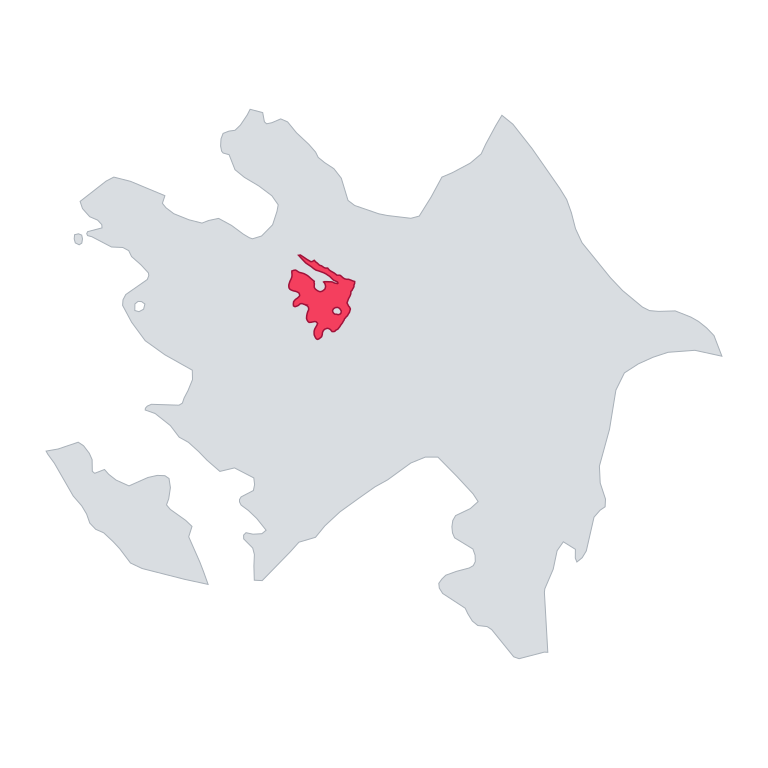 Yevlakh District, Yevlakh Rayon, Azerbaijan (highlighted)
{"feature_id": "54616110B52362464060400", "entity_name": "Yevlakh District", "entity_type": "district", "adm_level": 2, "iso_a3": "AZE", "parent_name": "Azerbaijan", "parent_adm1": "Yevlakh Rayon", "projection": "orthographic", "projection_center": [47.034, 40.701], "detail": "fine", "context": "in_parent", "style": "filled", "palette": "rose", "viewbox_px": 768, "rotation_deg": 0, "n_neighbors": 0, "source": "geoboundaries", "source_scale": "gbopen_adm2", "svg_char_len": 6284}
<svg xmlns="http://www.w3.org/2000/svg" viewBox="0 0 768 768"><path d="M547.8,652.3L544.3,652.1L519.1,658.7L513.7,656.8L491.7,629.6L487.2,626.6L477.8,625.5L472.3,621.0L467.8,613.7L465.2,608.2L442.7,593.5L439.3,588.1L438.8,583.3L442.0,578.9L445.8,575.2L456.6,571.3L469.2,568.0L473.3,565.6L475.3,561.6L475.1,555.2L472.9,549.0L454.6,537.8L452.5,532.9L451.9,526.8L452.8,520.5L455.6,515.6L470.3,508.6L478.1,501.6L473.1,493.9L456.9,476.4L437.9,457.1L425.3,457.1L410.8,463.0L387.7,479.8L374.9,486.9L358.2,498.7L339.9,511.9L324.9,525.8L315.5,537.3L298.9,542.2L290.3,551.8L262.2,580.6L254.3,580.2L253.9,565.9L254.4,554.5L252.7,548.0L243.7,538.9L243.6,535.1L246.0,532.7L253.0,534.2L261.9,533.7L266.1,530.2L256.7,518.4L248.3,510.4L241.1,505.1L239.5,501.9L239.5,499.6L241.1,496.9L253.4,490.5L254.6,484.6L253.8,477.9L234.5,467.9L219.9,471.4L207.0,460.2L198.7,451.6L188.4,442.3L179.2,437.2L170.4,425.6L155.1,413.5L145.2,410.0L145.4,408.2L147.3,406.1L151.4,404.3L179.0,405.2L182.4,403.1L184.1,398.0L188.0,390.6L192.5,379.6L192.3,370.2L164.9,354.8L145.2,340.7L131.6,322.2L122.6,305.4L123.0,299.8L125.8,294.5L147.3,279.5L148.8,275.6L148.4,272.9L141.0,264.9L131.6,256.6L128.7,250.6L122.8,247.5L111.5,247.0L91.8,236.7L87.6,235.6L86.7,233.6L87.7,231.6L102.0,227.9L101.8,224.6L97.6,220.1L89.7,216.7L82.5,208.6L80.1,201.4L106.1,181.1L113.8,177.1L130.4,181.3L164.9,195.7L162.4,203.3L165.9,207.7L173.8,213.7L189.0,219.8L202.0,223.1L208.6,220.5L218.6,218.4L231.5,225.4L243.4,234.2L249.3,237.7L252.5,238.8L261.6,236.0L272.6,224.8L277.0,211.3L278.2,204.8L271.9,195.8L258.9,186.0L244.3,177.3L235.0,169.7L229.1,154.7L223.1,153.0L221.6,151.1L220.6,146.0L221.0,138.9L223.1,133.4L229.0,131.1L235.0,130.3L240.4,125.1L247.2,115.0L250.1,109.3L262.7,112.6L264.4,121.8L266.6,123.8L271.9,122.7L280.7,118.9L287.6,121.9L296.5,132.8L308.9,144.4L315.6,152.1L318.2,157.4L324.6,162.6L333.9,168.7L341.3,178.2L348.0,200.4L354.7,205.5L378.8,213.8L387.3,215.5L410.9,218.3L419.2,216.1L431.2,196.9L441.9,177.1L452.1,172.8L470.3,163.1L481.2,153.9L485.7,144.2L495.7,125.7L501.9,115.3L512.9,124.2L532.1,148.6L559.8,188.4L566.7,199.6L571.4,212.8L575.5,228.7L582.0,242.7L610.4,277.7L622.6,290.6L642.5,307.1L649.5,310.6L658.6,311.4L675.2,310.9L690.9,317.1L698.6,321.5L706.7,328.0L714.0,335.6L721.9,356.2L694.9,350.3L668.0,352.3L652.9,357.3L638.3,363.9L624.4,372.9L615.9,390.1L609.5,429.3L599.4,466.1L600.2,483.0L605.5,499.1L605.1,506.8L600.1,510.2L594.0,517.2L586.3,550.9L582.2,557.7L576.9,562.0L575.3,558.1L575.4,549.3L563.3,541.8L557.1,550.7L553.2,569.2L544.8,588.8L544.4,592.5L547.8,652.3ZM143.6,309.2L144.9,304.0L141.6,301.6L138.0,301.4L134.9,304.0L134.8,310.5L139.0,311.7L143.6,309.2ZM51.8,459.7L47.8,454.2L46.1,451.1L58.1,449.0L78.2,442.2L83.6,445.8L89.3,453.3L92.1,459.6L92.3,471.3L94.7,473.3L104.5,469.5L108.7,474.3L116.1,480.1L129.0,485.9L147.9,477.5L157.3,475.4L164.9,475.7L169.0,478.5L170.4,487.6L168.7,498.8L166.5,504.9L170.3,509.4L185.6,520.3L192.0,526.4L188.7,536.8L199.9,562.2L203.7,572.1L208.1,584.4L184.5,579.3L142.1,568.5L130.5,563.0L119.7,548.7L113.2,541.7L103.7,532.8L95.7,529.3L89.8,523.1L86.6,514.0L81.7,505.8L73.2,496.0L54.3,463.1L51.8,459.7ZM81.8,243.1L79.2,244.8L75.3,242.9L74.2,238.9L74.6,234.7L78.5,233.8L81.7,235.1L82.5,238.9L81.8,243.1Z" fill="#d9dde1" stroke="#a8b0b8" stroke-width="1"/><path d="M314.2,260.3L313.5,260.8L312.2,261.5L310.9,261.7L308.7,260.4L306.8,259.3L304.5,257.7L300.4,255.0L298.6,255.3L298.8,255.5L301.4,258.4L303.5,260.6L305.1,262.3L305.8,263.0L308.0,264.5L311.2,266.6L313.6,268.6L316.1,270.2L318.3,270.8L320.8,271.7L323.8,272.8L326.1,274.0L328.0,275.3L329.6,276.3L332.2,278.9L333.6,280.2L335.2,280.9L337.5,281.9L338.0,283.1L337.6,283.6L334.6,283.1L332.7,282.1L331.1,281.8L329.4,281.8L327.2,281.7L325.5,281.7L324.1,281.7L323.6,282.0L323.8,282.2L324.0,282.4L324.9,283.7L325.3,285.0L325.6,286.4L325.1,288.7L324.4,289.5L323.1,290.6L322.1,291.2L321.1,291.5L320.1,291.7L318.7,291.3L317.2,290.5L316.1,289.7L315.0,288.7L314.3,287.4L314.2,286.0L314.4,283.8L314.0,282.4L314.3,281.3L313.4,280.6L312.1,279.5L310.8,278.4L309.7,277.4L308.5,276.3L307.1,275.3L305.1,274.2L303.9,273.6L302.6,273.2L301.5,272.9L300.3,272.6L299.4,272.4L298.3,271.8L296.7,270.7L295.7,270.1L294.3,270.2L293.4,270.4L292.0,271.0L291.9,271.0L291.9,271.3L291.8,272.0L292.0,274.3L292.0,275.9L291.7,277.4L290.9,279.4L290.2,280.7L289.8,281.7L289.2,283.5L288.8,285.0L288.8,286.4L288.8,286.5L289.0,287.9L289.9,289.2L290.8,289.8L292.4,290.5L293.9,291.0L295.5,291.3L297.1,291.9L298.2,292.5L299.2,293.3L299.7,295.3L299.4,296.2L298.4,297.2L297.4,298.1L295.9,299.1L294.8,300.1L293.6,301.7L293.3,304.0L293.5,305.9L295.0,306.7L296.9,306.1L298.4,305.4L300.3,303.7L302.2,303.6L304.0,304.3L305.8,304.8L305.4,304.9L307.3,305.9L308.0,306.6L308.6,308.0L308.6,309.8L307.7,311.8L307.2,313.4L306.8,315.3L306.7,315.7L306.5,318.4L307.1,320.1L308.1,321.6L309.1,322.4L311.0,322.3L312.3,322.0L314.8,321.5L316.2,321.8L317.6,323.4L316.9,325.2L315.8,327.1L314.8,328.9L314.3,330.4L314.1,331.3L314.1,333.3L314.2,334.9L315.2,337.1L315.9,338.3L316.6,339.0L317.0,339.2L317.6,339.4L318.9,338.9L320.6,337.6L321.6,336.7L322.3,334.6L322.4,332.9L322.7,332.0L323.1,331.1L323.7,330.2L324.2,329.7L324.9,329.1L325.6,328.9L326.8,328.4L327.4,328.3L328.8,328.6L330.5,329.6L331.2,330.6L332.1,331.6L334.0,331.6L335.1,331.1L335.6,330.4L336.6,329.8L337.8,329.2L338.3,328.6L339.2,327.4L339.8,326.7L340.6,325.3L341.5,324.1L342.5,322.8L343.2,321.4L343.9,320.4L344.1,320.0L344.4,319.1L344.6,318.6L345.5,317.9L346.2,316.8L347.4,315.8L348.4,313.9L349.4,312.5L350.0,310.4L350.4,309.0L349.5,307.0L348.8,306.4L347.0,302.9L347.7,301.0L348.5,298.8L350.0,296.0L350.8,293.9L350.9,291.4L352.0,290.4L352.6,289.1L353.2,288.1L353.9,286.8L354.0,284.9L354.6,283.6L354.7,281.9L354.7,281.5L354.4,281.4L352.7,280.9L351.4,280.3L348.7,279.3L346.6,279.3L344.6,278.8L342.8,277.6L341.1,276.0L339.9,275.2L337.0,275.2L335.9,274.3L334.2,273.0L332.1,271.8L330.7,271.0L329.5,270.2L327.9,268.4L327.7,268.1L325.5,268.1L324.1,267.6L321.5,265.8L319.5,265.2L317.2,263.0L315.8,262.0L314.9,261.0L314.2,260.3ZM340.2,313.9L339.3,314.4L338.2,314.7L336.5,314.2L335.6,314.2L334.8,314.2L333.5,313.1L332.8,311.9L332.7,311.5L332.6,310.4L333.4,309.0L333.4,308.9L334.3,308.2L335.4,307.6L337.6,307.4L338.7,307.8L339.9,308.8L341.3,311.0L341.0,313.0L340.4,313.9L340.2,313.9Z" fill="#f43f5e" stroke="#9f1239" stroke-width="1.5"/></svg>